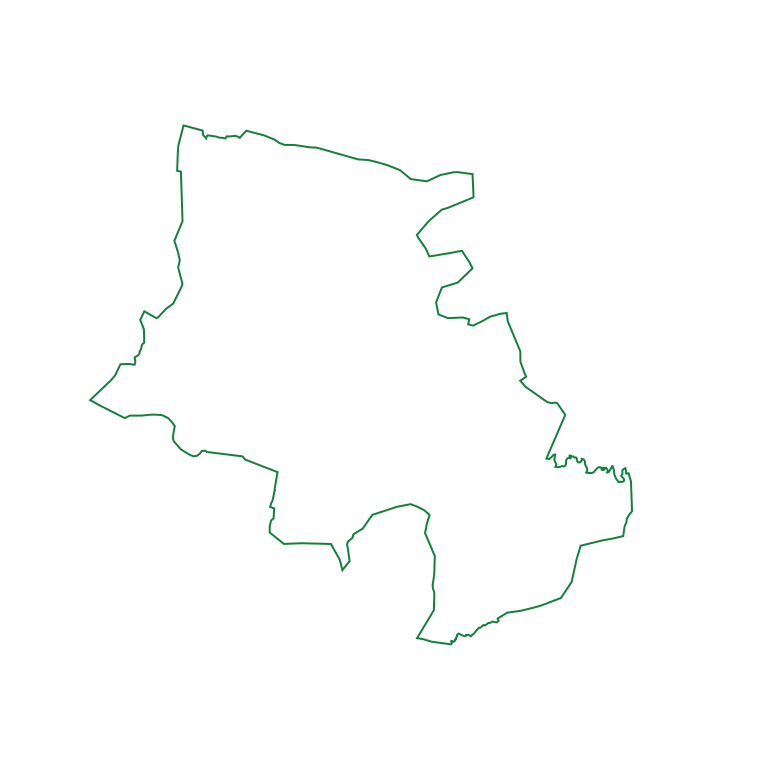 the district of Ringim, Jigawa, Nigeria, rotated 20°
{"feature_id": "59680162B52609098277437", "entity_name": "Ringim", "entity_type": "district", "adm_level": 2, "iso_a3": "NGA", "parent_name": "Nigeria", "parent_adm1": "Jigawa", "projection": "orthographic", "projection_center": [9.164, 12.166], "detail": "fine", "context": "isolated", "style": "outline", "palette": "green", "viewbox_px": 768, "rotation_deg": 20, "n_neighbors": 0, "source": "geoboundaries", "source_scale": "gbopen_adm2", "svg_char_len": 4773}
<svg xmlns="http://www.w3.org/2000/svg" viewBox="0 0 768 768"><g transform="rotate(20 384 384)"><path d="M502.0,611.5L507.9,610.4L516.8,609.9L536.0,605.7L536.3,603.8L535.1,602.7L535.7,602.2L537.3,602.5L538.4,601.4L538.1,600.0L539.0,599.2L538.5,597.9L538.9,596.2L538.5,594.6L539.5,593.0L542.5,593.3L545.4,593.6L546.9,593.0L546.9,591.8L549.0,590.8L551.9,591.3L554.2,587.0L555.3,583.4L556.8,580.3L558.0,579.9L558.9,578.3L560.0,576.3L561.6,576.3L562.5,574.9L563.8,572.9L565.4,572.2L567.1,570.2L569.4,569.9L571.5,569.4L572.7,567.4L571.0,565.5L578.0,556.7L589.6,550.6L600.7,543.3L607.7,538.2L623.4,524.6L628.0,505.9L624.9,482.4L624.1,468.7L643.3,455.9L652.0,450.9L660.8,445.1L658.8,435.6L659.1,431.2L658.3,427.8L659.0,423.4L660.6,418.7L649.4,391.1L644.4,384.2L642.4,385.4L641.6,384.7L641.4,383.5L640.8,382.5L639.6,380.5L638.7,381.4L637.8,382.7L637.6,384.2L638.3,385.6L638.8,387.0L638.3,389.1L639.8,390.1L641.5,390.8L642.2,391.7L642.6,392.1L642.5,393.3L641.6,394.4L640.1,394.7L639.2,395.5L637.8,395.8L636.5,395.0L634.7,393.7L632.9,392.0L632.5,391.5L631.4,390.2L630.3,388.0L629.5,386.2L628.0,384.5L627.2,383.2L626.4,383.2L626.3,384.4L626.1,386.2L625.8,387.7L625.4,389.6L625.1,390.0L624.4,390.7L623.9,390.7L624.2,389.8L624.2,389.5L623.2,388.0L621.7,387.0L620.0,387.4L618.7,387.8L620.2,389.0L619.2,390.1L618.0,390.1L617.0,388.6L615.2,388.3L613.8,389.2L613.0,390.4L612.3,392.1L611.7,394.2L610.3,396.2L608.7,397.0L606.5,397.7L604.3,398.0L604.6,396.2L604.1,394.5L602.9,393.0L601.9,392.4L600.1,390.2L599.3,388.0L598.0,386.9L596.5,386.5L595.3,386.7L595.6,387.6L595.9,388.6L595.5,389.8L594.4,390.9L592.9,391.2L592.0,390.3L591.0,389.2L590.6,387.9L589.6,387.4L588.1,387.9L586.4,387.4L585.1,387.8L583.9,387.4L582.9,387.9L583.2,388.8L584.4,388.5L584.8,389.4L584.4,390.1L583.3,390.2L582.2,390.8L581.6,391.9L581.3,393.3L581.7,395.1L582.3,396.6L582.3,397.7L582.4,398.5L581.4,399.9L579.5,400.2L577.3,402.0L575.5,402.8L573.4,403.2L573.6,400.8L570.0,397.0L569.4,394.2L569.0,391.8L567.5,392.6L566.4,395.4L564.9,398.0L562.1,398.5L564.9,351.0L555.2,344.1L553.1,342.7L550.7,343.1L548.4,344.6L544.1,345.1L540.2,344.3L517.8,338.2L510.9,334.3L515.1,328.5L513.3,326.8L504.7,316.7L500.9,306.7L478.8,282.7L477.3,279.7L475.0,275.3L473.7,276.0L468.5,278.7L465.3,281.2L461.1,284.0L454.5,291.7L447.7,298.7L442.7,299.1L442.0,294.0L435.4,294.5L421.6,300.2L411.4,300.0L405.0,289.5L405.4,273.5L418.7,263.4L427.6,245.0L422.5,240.3L411.7,232.2L405.1,236.0L404.8,236.3L383.1,248.6L382.9,248.5L376.5,242.1L366.5,235.1L363.9,232.7L370.4,215.5L378.6,200.5L383.8,196.6L404.3,177.9L395.4,156.5L380.4,159.8L376.5,161.5L369.3,166.0L365.8,168.1L354.9,178.9L339.0,182.3L326.1,177.6L311.8,177.2L300.9,178.0L292.7,178.9L282.8,181.8L239.9,184.9L233.6,186.9L217.7,190.1L209.0,193.3L202.9,193.3L197.9,191.8L186.1,191.4L168.0,193.1L164.2,202.0L162.2,201.5L159.0,201.8L157.3,202.7L153.7,204.4L151.6,205.0L151.0,207.5L148.2,207.9L146.8,208.3L145.2,208.8L141.5,208.9L133.4,210.6L133.3,210.9L133.2,211.1L133.0,211.3L132.9,211.5L132.7,211.9L132.7,212.1L132.7,212.4L132.7,212.6L132.7,212.9L132.7,213.4L132.8,213.8L129.0,212.1L126.9,207.9L107.2,209.6L109.2,230.4L111.6,238.6L116.7,254.4L120.5,253.9L139.0,299.9L138.0,321.1L145.6,331.0L149.8,337.6L150.7,344.9L160.4,358.9L160.4,362.5L158.4,380.5L153.4,388.0L149.0,398.5L147.5,400.0L133.9,397.7L133.0,407.1L139.7,414.7L144.3,426.5L144.6,427.2L143.9,428.2L143.4,429.1L143.2,430.0L143.3,431.5L143.6,433.1L143.7,434.6L143.4,435.9L143.3,437.1L143.6,438.3L143.7,439.7L143.2,441.0L142.5,441.9L141.5,443.1L140.6,444.3L142.8,448.3L143.0,451.2L140.5,451.8L137.4,452.4L129.6,455.6L128.4,467.8L126.3,473.7L123.0,480.2L113.4,499.6L124.6,501.4L152.1,504.7L156.0,500.6L166.8,496.7L173.8,493.3L178.3,491.4L185.9,489.2L192.8,489.8L197.9,492.5L201.8,495.1L202.9,501.9L204.0,506.8L206.0,509.7L215.5,514.9L225.3,516.9L229.9,517.1L232.9,515.3L234.7,512.6L235.6,509.5L237.8,508.2L238.9,507.8L240.9,508.4L275.8,500.4L279.4,502.5L288.2,502.7L314.1,503.2L317.1,520.1L317.9,521.1L317.7,522.6L318.3,525.8L318.7,528.5L319.1,531.4L319.0,533.1L318.7,534.8L318.9,536.4L319.0,538.4L321.0,538.5L323.4,538.5L325.5,545.7L326.2,548.3L325.3,549.5L324.6,550.9L324.9,553.5L325.1,555.8L325.5,557.4L327.4,562.7L340.8,567.2L344.6,568.5L361.6,561.6L385.8,553.5L388.8,552.5L402.6,564.3L408.5,573.1L412.3,562.4L410.0,557.9L405.7,550.0L404.1,547.3L404.0,544.4L407.0,539.3L406.7,535.9L408.8,532.8L413.4,527.3L417.8,510.9L438.0,495.1L450.1,487.8L457.6,487.9L465.1,488.9L471.3,491.3L471.9,492.8L471.8,494.7L471.8,494.8L471.8,495.0L471.8,495.3L471.8,495.5L471.8,495.8L471.8,496.0L471.8,496.3L472.0,499.3L472.1,501.0L472.3,502.7L472.8,505.0L473.5,510.0L490.6,528.3L496.3,545.8L497.4,550.8L498.0,554.1L498.6,556.7L499.5,558.6L500.3,559.9L501.9,561.8L503.2,564.2L508.2,579.5L502.0,611.5Z" fill="none" stroke="#15803d" stroke-width="2"/></g></svg>